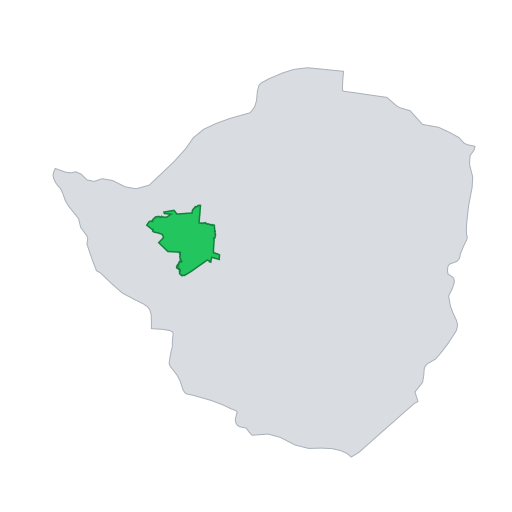 Lupane, Matabeleland North, Zimbabwe (highlighted), rotated 5°
{"feature_id": "62879985B9904230629136", "entity_name": "Lupane", "entity_type": "district", "adm_level": 2, "iso_a3": "ZWE", "parent_name": "Zimbabwe", "parent_adm1": "Matabeleland North", "projection": "orthographic", "projection_center": [27.928, -18.869], "detail": "fine", "context": "in_parent", "style": "filled", "palette": "green", "viewbox_px": 512, "rotation_deg": 5, "n_neighbors": 0, "source": "geoboundaries", "source_scale": "gbopen_adm2", "svg_char_len": 7266}
<svg xmlns="http://www.w3.org/2000/svg" viewBox="0 0 512 512"><g transform="rotate(5 256 256)"><path d="M368.4,448.0L363.8,444.7L357.3,442.5L349.1,441.3L338.4,441.6L325.2,443.1L311.1,440.8L296.1,434.6L283.5,432.3L268.5,434.8L267.8,434.9L265.3,432.8L261.2,428.3L254.4,427.5L252.5,426.5L251.0,424.8L250.0,422.7L249.6,420.3L250.8,413.1L250.2,412.3L248.4,411.4L244.6,410.5L235.6,407.1L224.3,403.9L205.8,400.3L198.6,399.4L197.0,398.3L194.9,395.6L191.4,387.3L188.0,381.8L180.0,373.2L178.8,370.6L179.2,363.8L179.7,358.4L180.6,353.7L180.2,349.4L180.1,344.0L180.3,340.4L179.2,338.8L176.3,337.7L168.1,337.2L158.1,337.5L157.7,332.0L156.7,323.5L154.8,318.6L152.5,316.1L147.9,313.5L138.6,309.9L125.8,304.4L114.9,296.4L102.4,286.3L98.4,284.6L93.7,275.1L86.5,258.8L86.9,253.4L85.8,250.7L78.9,242.8L77.4,238.6L76.1,234.4L65.1,222.8L61.3,217.7L58.4,211.2L55.5,206.0L53.1,203.9L49.9,200.3L47.7,196.3L46.7,193.2L47.4,189.1L48.4,186.3L58.9,189.1L64.6,189.3L69.0,187.8L74.5,189.6L81.1,194.9L88.3,195.8L96.0,192.4L106.5,193.3L119.7,198.5L130.6,199.5L143.5,194.7L155.1,181.6L166.0,169.3L176.7,155.1L183.2,143.7L192.7,134.4L205.2,127.2L218.1,121.2L237.7,113.8L241.6,107.8L243.0,101.1L243.0,91.8L244.1,85.8L246.1,83.1L249.4,81.0L253.6,78.2L266.6,71.3L277.5,66.8L290.8,64.0L305.2,64.1L319.2,64.3L327.1,64.4L327.1,73.3L327.6,83.3L329.2,84.3L339.6,84.7L356.4,85.7L372.6,86.6L382.8,94.1L386.2,95.7L396.9,97.9L410.4,110.4L426.8,111.9L438.0,116.0L447.9,120.4L453.5,125.5L457.2,126.8L462.2,127.3L464.6,127.8L464.0,131.4L460.5,137.4L460.7,146.2L465.0,158.4L465.3,168.9L463.4,187.5L463.0,205.5L463.3,211.9L463.9,216.2L464.8,218.5L464.6,221.2L461.7,228.7L459.3,236.5L459.1,239.7L458.2,241.9L456.5,243.9L449.3,247.4L448.1,249.6L448.0,253.7L448.8,257.2L451.4,258.5L454.6,260.6L455.7,263.2L455.7,265.9L454.5,270.9L451.4,279.2L454.0,288.9L457.0,295.2L461.2,302.5L462.8,307.0L462.6,310.2L461.9,313.3L455.0,326.3L450.0,334.3L444.0,342.9L436.3,348.2L434.3,350.8L433.4,353.8L433.5,360.4L433.0,367.2L426.2,377.6L430.0,386.8L429.0,387.6L426.8,388.9L417.2,398.8L407.6,409.0L400.5,416.4L392.5,424.8L383.6,434.2L376.0,442.3L368.4,448.0Z" fill="#d9dde1" stroke="#a8b0b8" stroke-width="1"/><path d="M154.5,225.3L154.0,225.4L153.5,225.7L153.3,225.8L152.9,226.0L152.7,225.8L152.3,226.0L152.1,226.6L151.5,226.9L151.4,227.1L151.3,227.3L151.0,227.6L150.5,228.1L150.5,228.4L150.5,228.6L150.4,228.7L150.1,228.7L149.9,229.0L149.8,229.4L150.0,229.7L150.1,229.9L150.1,230.0L149.9,230.2L149.9,230.5L149.6,230.4L149.5,230.5L149.3,230.4L149.2,230.5L148.9,230.3L148.7,230.5L148.5,230.4L148.3,230.4L148.1,230.4L146.6,231.0L144.5,234.8L150.2,238.6L151.1,238.5L150.9,240.2L152.4,241.1L155.7,241.4L158.2,242.0L160.7,242.6L162.3,245.7L157.9,251.2L167.8,259.2L170.8,259.1L174.2,259.0L180.7,258.8L180.4,258.9L180.4,259.2L180.3,259.3L180.2,259.2L180.0,259.6L179.9,259.7L179.9,259.4L179.5,259.3L179.3,259.4L179.3,259.5L179.9,260.1L180.0,260.3L180.1,260.6L180.0,260.8L180.5,261.0L180.5,261.9L180.5,262.2L180.1,262.7L180.1,262.8L180.4,262.9L180.4,263.1L180.2,263.3L180.4,263.8L180.4,264.2L180.6,265.0L181.0,265.3L181.1,265.6L181.1,265.8L180.9,266.0L181.0,266.1L181.5,266.3L181.6,266.8L182.0,267.2L182.1,267.5L182.4,267.8L182.5,267.9L182.4,268.2L182.3,268.4L181.8,268.1L181.4,268.0L181.2,268.0L180.8,268.2L180.7,267.8L180.4,267.8L180.1,268.1L180.1,268.4L180.4,268.9L180.3,269.2L180.3,269.4L180.0,269.8L179.8,269.7L179.6,269.7L179.5,270.1L179.7,270.4L179.7,270.5L179.4,270.5L179.3,271.2L179.4,271.5L179.1,271.5L178.9,271.4L178.7,271.5L178.6,271.9L178.8,271.8L179.0,271.8L179.1,272.0L178.9,272.2L178.8,272.3L178.6,272.2L178.6,272.3L178.5,272.6L178.8,272.5L179.0,272.6L179.1,272.9L179.0,273.0L178.9,273.0L178.4,272.8L178.3,272.5L178.2,272.6L178.0,272.9L178.4,273.3L178.6,273.4L178.7,273.6L178.6,273.8L178.4,273.9L178.2,273.9L177.9,273.8L177.8,274.0L178.0,274.3L178.3,274.3L178.4,274.5L178.2,274.8L178.3,275.0L178.9,274.9L179.1,275.1L179.3,275.4L179.5,275.5L179.7,275.4L179.9,275.0L180.0,275.0L180.3,275.0L180.1,275.6L179.9,275.7L179.9,275.8L180.1,276.0L180.5,275.8L180.8,275.8L181.2,276.1L181.6,276.2L181.7,276.3L181.8,276.5L181.7,276.6L181.4,276.5L181.2,276.5L181.2,276.9L181.1,277.1L181.1,277.3L181.1,277.5L181.4,277.6L181.7,277.8L181.5,278.0L181.2,277.9L181.1,278.0L181.1,278.6L181.3,279.0L181.5,279.2L181.6,279.4L181.6,279.5L181.4,279.8L181.4,280.1L181.4,280.3L181.5,280.4L181.9,280.4L182.0,280.5L182.4,281.1L182.6,281.2L182.9,281.2L183.0,281.3L183.2,281.7L183.3,281.8L183.5,281.8L183.8,281.7L184.0,281.6L184.2,282.0L184.3,281.9L184.4,282.0L184.5,282.0L184.9,281.8L185.1,281.6L185.4,281.6L185.5,281.5L185.9,281.4L186.1,281.3L186.3,281.5L186.5,281.6L192.9,276.9L196.2,274.1L199.9,270.9L203.5,268.0L207.7,264.3L210.2,265.1L210.1,265.8L211.5,266.1L211.6,265.2L211.6,263.7L212.0,261.2L219.7,262.6L219.6,261.0L219.6,258.1L218.9,257.8L218.6,257.7L218.3,257.6L217.9,257.6L217.5,257.3L217.2,257.3L217.0,257.2L216.9,257.1L215.9,257.1L215.6,256.9L215.3,256.7L214.8,256.6L214.4,256.6L214.0,256.5L213.8,256.4L213.3,256.5L213.2,256.4L213.2,255.8L213.2,254.2L213.1,253.5L212.9,246.1L212.9,243.6L212.6,243.0L212.5,242.2L212.4,242.1L212.8,242.0L213.1,241.9L213.2,241.7L213.4,241.7L213.6,240.9L213.5,240.2L213.6,239.9L213.6,239.7L213.8,239.5L213.9,239.1L213.7,238.8L213.7,238.5L213.5,238.3L213.5,238.1L213.7,237.4L212.9,236.1L212.8,235.8L212.7,235.5L212.9,235.4L213.2,235.2L213.3,235.0L213.3,234.8L213.0,234.5L212.8,234.4L212.7,234.3L212.4,232.5L212.1,230.8L212.0,230.6L211.9,229.4L211.9,229.1L211.7,228.9L211.6,229.0L211.4,228.9L211.2,229.0L210.9,229.0L210.2,228.7L210.2,228.8L209.9,228.9L209.6,229.0L209.5,228.9L209.4,229.1L209.2,229.0L209.0,228.9L208.8,228.9L208.7,229.0L208.5,228.9L208.4,229.0L208.2,229.0L208.0,228.9L207.8,228.7L207.6,228.7L207.4,228.5L207.2,228.5L206.9,228.7L206.5,228.5L206.3,228.4L205.9,228.2L205.6,228.3L205.3,228.3L205.2,228.2L204.9,228.3L204.7,228.5L204.4,228.5L204.0,228.0L203.7,228.0L203.5,227.8L203.4,227.9L203.2,227.8L202.8,227.8L202.6,227.5L202.4,227.6L202.3,227.4L202.1,227.6L201.9,227.5L201.7,227.5L201.1,227.6L200.9,227.6L200.5,227.9L200.3,228.2L200.1,228.3L199.8,228.2L199.7,228.0L199.5,227.9L199.0,228.0L198.9,227.9L198.8,228.0L198.6,227.9L198.4,228.0L198.2,228.0L197.9,228.2L197.6,228.2L197.1,228.0L196.9,228.0L196.3,227.9L196.3,227.4L196.3,227.2L196.3,226.5L196.4,226.3L196.4,225.2L196.4,224.2L196.3,223.2L196.3,222.7L196.3,221.2L196.4,220.9L196.3,220.3L196.4,220.2L196.3,218.3L196.4,217.5L196.4,216.8L196.3,216.7L196.3,216.1L196.3,210.4L196.2,210.4L196.0,210.5L195.6,210.4L195.4,210.6L194.9,210.5L194.7,210.6L194.4,210.6L194.0,210.7L193.8,210.8L193.7,211.0L193.7,211.3L193.3,211.4L193.1,211.5L193.0,211.8L192.6,212.0L192.4,212.2L192.2,212.2L192.2,212.3L191.9,212.4L191.7,212.3L191.6,212.2L191.4,212.4L191.3,212.5L191.3,212.4L191.2,212.3L190.9,212.6L190.9,212.9L190.8,213.2L190.3,213.7L190.1,213.8L189.9,213.9L189.7,214.1L189.7,214.4L189.7,214.6L189.6,214.9L188.9,215.5L188.7,216.0L188.5,218.8L182.9,219.6L175.6,220.8L174.5,220.9L173.5,221.1L171.6,218.9L170.4,217.7L169.4,217.9L164.1,219.3L160.4,220.3L161.0,221.7L167.6,221.8L163.5,225.2L161.5,225.2L159.3,225.3L158.8,224.9L158.6,224.8L158.6,225.1L158.4,225.2L158.0,225.2L157.8,225.3L157.6,225.4L157.5,225.8L156.8,225.8L156.6,225.6L156.5,225.4L155.9,225.0L155.7,225.0L155.0,225.3L154.6,225.4L154.5,225.3Z" fill="#22c55e" stroke="#15803d" stroke-width="1.5"/></g></svg>